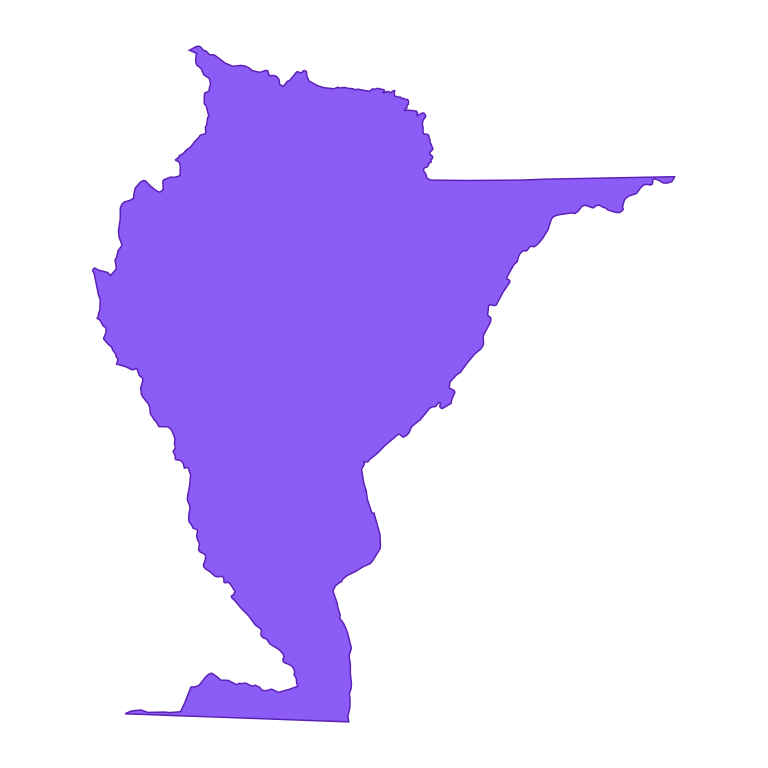 Neno, Neno, Malawi
{"feature_id": "42251766B14168102698524", "entity_name": "Neno", "entity_type": "district", "adm_level": 2, "iso_a3": "MWI", "parent_name": "Malawi", "parent_adm1": "Neno", "projection": "albers", "projection_center": [34.695, -15.51], "detail": "fine", "context": "isolated", "style": "filled", "palette": "violet", "viewbox_px": 768, "rotation_deg": 0, "n_neighbors": 0, "source": "geoboundaries", "source_scale": "gbopen_adm2", "svg_char_len": 6033}
<svg xmlns="http://www.w3.org/2000/svg" viewBox="0 0 768 768"><path d="M430.8,180.1L426.9,178.3L426.0,174.2L424.1,171.7L423.5,169.7L424.2,167.9L427.1,167.1L428.3,165.5L428.9,163.5L431.3,161.8L430.8,159.8L432.4,158.5L432.6,157.6L432.5,156.5L429.7,153.7L430.4,151.8L432.6,149.6L432.9,148.6L430.0,141.9L430.1,139.8L429.0,138.1L429.0,136.1L427.7,134.4L423.6,133.9L423.1,131.8L423.0,126.7L422.4,124.7L422.6,121.7L423.3,119.7L425.4,117.4L425.6,115.3L423.7,112.9L421.6,113.3L417.0,115.6L416.8,114.6L417.5,112.7L416.3,111.1L407.2,110.0L405.3,110.7L404.3,110.4L404.5,109.4L407.0,107.7L406.9,105.7L408.3,104.3L408.6,102.2L408.1,100.2L407.4,99.4L405.3,99.5L403.8,98.3L401.8,98.6L400.5,97.1L398.4,97.1L394.6,95.9L394.2,93.8L394.7,90.7L393.7,90.6L390.3,92.8L388.8,91.5L386.9,92.2L386.2,91.5L383.7,93.2L383.0,92.5L384.2,90.8L384.1,89.8L377.4,88.3L375.5,89.2L372.5,88.9L369.3,91.3L357.9,89.2L354.9,89.7L353.0,88.7L347.7,88.3L344.8,87.4L339.6,88.0L337.7,87.2L334.1,88.8L324.0,87.7L318.1,85.9L309.0,81.0L306.6,75.3L306.6,72.3L306.1,71.3L304.3,70.5L303.3,70.8L302.1,72.4L300.2,72.8L297.4,71.6L296.5,72.1L289.9,80.2L287.2,81.4L283.4,86.3L280.2,84.8L279.6,84.0L279.2,80.0L276.9,76.7L274.1,75.5L269.9,75.7L269.0,75.2L267.9,71.2L267.1,70.5L265.1,70.5L260.9,72.1L258.9,72.2L252.0,70.5L249.8,68.4L245.3,66.1L241.1,65.4L232.9,66.3L225.3,63.2L214.7,55.2L212.8,54.7L210.7,55.0L208.9,54.2L206.2,51.1L203.3,50.2L200.6,47.0L198.7,46.1L195.7,46.8L189.4,50.3L196.8,53.4L196.1,55.3L195.7,60.4L196.1,63.5L197.1,65.4L201.1,68.5L203.9,74.9L209.1,78.3L210.1,81.2L210.5,84.2L209.3,88.1L209.1,91.1L204.6,93.2L204.3,95.2L204.2,103.2L204.5,104.2L206.0,105.5L208.8,116.0L207.6,117.6L206.7,124.7L205.3,127.4L205.9,132.4L204.7,134.1L201.8,134.6L199.9,135.6L198.9,137.4L194.5,141.8L190.7,146.9L186.5,149.9L182.3,154.3L179.5,155.4L178.6,157.4L175.5,159.8L176.0,160.6L178.7,161.6L179.7,163.5L180.3,166.4L180.0,175.6L175.4,177.2L170.2,177.2L163.7,179.8L162.8,181.5L163.3,188.8L162.2,190.5L159.7,192.2L156.8,191.0L150.3,186.0L145.4,180.8L143.4,180.5L139.9,182.5L135.2,188.2L133.9,194.2L133.7,198.3L130.0,200.3L124.1,202.1L121.8,204.3L120.3,208.1L120.2,219.8L118.4,231.0L119.1,237.2L121.9,244.8L121.7,245.8L118.1,250.8L116.6,257.2L115.0,260.2L116.2,266.4L116.0,269.3L110.5,275.5L107.7,272.5L97.8,269.9L95.3,268.2L94.3,268.1L92.9,269.6L92.8,271.0L94.2,273.8L98.4,294.5L100.2,299.7L99.9,309.8L98.4,313.5L98.6,315.5L97.1,318.3L99.7,319.9L103.3,326.1L104.3,326.4L105.7,328.0L106.2,330.2L106.0,332.3L103.6,338.3L103.9,339.4L108.8,344.8L111.5,347.0L112.8,350.2L115.9,354.4L116.0,356.5L117.4,358.1L117.9,360.1L116.5,364.1L125.7,366.7L131.6,369.6L133.6,369.7L135.5,368.7L137.4,369.5L139.3,375.5L142.5,378.2L142.8,379.4L142.6,381.5L140.7,387.7L141.4,394.4L143.0,397.2L148.6,404.3L149.8,407.5L150.4,413.8L154.0,419.4L156.2,421.8L159.0,426.6L167.7,426.8L169.5,427.9L171.7,430.5L174.4,436.7L174.9,439.8L174.4,443.9L175.5,448.0L173.1,451.2L175.2,456.1L175.2,458.7L175.7,459.6L178.8,460.0L181.7,461.2L183.4,464.0L184.4,468.1L187.5,467.5L188.3,468.1L190.6,474.9L189.7,484.9L187.3,498.0L187.5,500.3L189.5,505.3L190.0,508.4L188.8,514.6L188.7,519.9L189.2,522.0L191.3,524.5L193.2,528.3L196.3,529.2L197.7,530.5L196.6,536.0L197.4,539.4L199.5,543.6L198.6,550.0L199.8,551.7L204.6,554.1L205.7,556.1L205.4,559.4L203.4,564.8L203.9,567.0L205.5,568.8L210.1,571.8L214.8,576.0L217.0,576.8L221.2,576.4L223.1,577.1L223.6,578.0L224.1,582.3L225.0,582.8L228.1,582.3L230.4,584.2L235.2,591.7L233.0,595.2L231.4,595.9L231.8,597.9L235.1,600.9L240.8,607.9L248.7,615.9L255.3,625.0L260.6,628.7L261.4,630.5L260.8,634.7L262.6,637.5L266.8,639.2L269.8,643.9L278.9,649.5L282.7,653.4L284.0,656.4L282.9,659.5L283.2,661.6L285.0,663.0L288.0,664.0L291.8,666.0L293.8,668.8L294.8,671.7L294.0,674.6L296.2,678.4L296.8,683.8L298.0,686.2L289.0,689.4L278.5,692.3L271.4,689.1L267.3,690.5L264.0,690.7L261.9,690.1L260.0,687.6L255.3,685.2L252.2,686.2L245.5,683.0L242.3,683.6L239.0,683.4L237.2,684.4L236.0,684.4L228.3,680.4L220.8,680.1L216.7,676.5L211.5,673.1L208.5,674.4L205.9,676.6L199.2,685.2L195.3,686.8L191.0,687.0L184.1,704.3L180.8,711.1L180.0,711.8L169.3,712.6L165.0,712.1L147.8,712.4L141.0,710.0L133.6,710.7L129.4,711.7L125.2,713.8L348.7,721.9L347.9,716.3L350.0,706.8L350.0,699.0L349.3,693.7L351.0,688.9L351.5,684.8L350.4,673.6L350.3,663.9L349.0,655.6L351.3,648.6L351.2,647.4L347.5,632.6L345.8,628.3L343.6,623.5L339.7,618.1L340.2,615.0L337.9,607.8L337.3,603.5L332.9,590.8L335.5,585.7L340.4,582.0L341.4,581.8L342.8,579.0L346.9,575.7L356.3,571.0L363.5,566.5L370.3,563.6L372.9,560.4L380.0,548.8L380.5,546.1L380.0,534.6L374.0,513.1L372.0,513.1L370.1,507.8L367.2,498.6L366.3,491.2L363.8,483.1L361.5,469.2L364.2,464.6L364.4,462.5L363.8,461.7L367.7,461.9L369.6,459.5L377.3,453.4L385.0,445.5L397.9,434.6L398.9,434.2L399.9,434.6L403.1,437.2L406.9,435.2L409.0,432.7L411.1,427.6L412.3,426.0L420.4,419.6L429.5,408.4L432.4,406.9L435.5,406.5L438.7,402.5L440.3,402.8L439.9,406.9L441.3,408.3L442.4,408.5L451.1,403.3L451.8,399.2L454.8,392.6L454.7,391.6L453.5,390.0L449.7,388.4L449.3,387.5L449.7,383.4L450.5,381.4L456.6,374.9L460.5,372.2L468.0,362.0L474.6,354.2L481.0,348.7L482.8,346.1L483.5,344.0L483.2,336.8L484.2,333.8L490.3,322.6L490.9,319.4L490.5,317.4L487.9,315.5L487.7,314.5L488.6,305.9L490.0,304.6L494.0,305.6L496.1,305.2L503.2,291.9L509.6,282.5L509.8,280.5L507.2,278.9L506.7,278.0L507.0,277.0L513.6,265.1L517.3,261.4L518.6,256.3L520.1,253.6L523.2,250.6L525.1,251.0L527.1,250.5L529.8,246.7L530.5,246.3L534.5,246.7L537.7,244.2L542.5,238.6L548.0,229.7L551.2,219.6L552.9,217.0L555.6,215.7L559.7,214.6L571.7,212.9L574.8,213.6L578.2,211.2L582.0,206.2L583.9,205.5L585.9,205.4L592.8,207.9L593.8,207.6L596.2,205.5L599.3,205.2L603.8,207.6L605.6,207.9L608.0,210.0L616.0,212.5L619.5,212.5L622.2,210.8L623.4,209.2L622.5,206.7L624.2,200.8L625.2,198.9L628.4,196.2L636.5,193.5L640.4,188.1L643.4,185.1L646.5,184.3L650.5,185.0L651.6,184.5L652.3,184.1L653.0,180.0L653.6,179.1L654.6,178.9L658.7,180.2L663.1,182.9L667.2,183.1L671.9,181.5L674.6,176.9L675.2,176.7L544.2,179.2L521.3,180.1L465.7,180.5L430.8,180.1Z" fill="#8b5cf6" stroke="#5b21b6" stroke-width="1.5"/></svg>